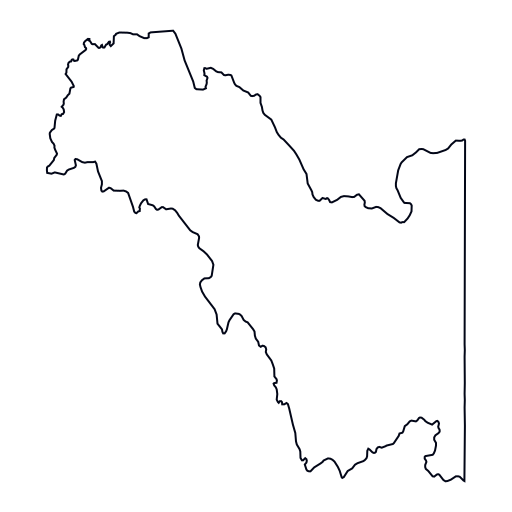 outline of Sakania, Katanga, Democratic Republic of the Congo
{"feature_id": "63176286B52056185132037", "entity_name": "Sakania", "entity_type": "district", "adm_level": 2, "iso_a3": "COD", "parent_name": "Democratic Republic of the Congo", "parent_adm1": "Katanga", "projection": "equal_earth", "projection_center": [28.713, -12.599], "detail": "fine", "context": "isolated", "style": "outline", "palette": "ink", "viewbox_px": 512, "rotation_deg": 0, "n_neighbors": 0, "source": "geoboundaries", "source_scale": "gbopen_adm2", "svg_char_len": 5910}
<svg xmlns="http://www.w3.org/2000/svg" viewBox="0 0 512 512"><path d="M47.2,172.9L51.5,173.7L54.8,172.4L63.8,174.5L65.2,173.7L67.1,170.6L68.9,169.5L73.8,167.9L75.3,166.9L75.9,165.3L74.7,160.0L75.5,159.0L77.3,159.3L82.2,162.1L84.9,162.7L87.6,162.1L93.3,162.1L95.1,161.6L96.4,163.7L98.0,171.4L101.9,181.1L101.9,184.3L101.0,187.9L101.4,190.6L102.3,191.6L103.7,191.4L109.0,187.7L110.7,188.2L113.7,190.6L120.1,190.8L123.5,190.6L126.0,191.4L128.1,192.9L133.0,206.9L134.2,211.6L135.4,212.9L136.4,213.2L138.3,211.4L139.7,211.1L139.9,208.5L139.3,207.4L139.9,205.6L141.1,203.2L143.4,200.3L145.2,199.3L146.5,199.3L148.1,204.0L152.8,205.3L154.2,206.4L155.9,209.0L157.1,209.8L158.5,209.5L161.8,207.1L163.0,207.1L166.1,209.3L171.0,208.5L172.7,208.7L175.1,210.3L177.2,212.9L178.8,215.6L190.2,230.3L192.7,232.1L197.6,234.2L199.0,236.4L199.1,237.9L197.8,245.0L198.2,246.6L199.3,248.2L203.6,251.3L207.0,254.5L212.1,261.1L213.4,264.8L211.7,275.8L210.7,277.1L208.9,278.2L204.4,278.4L201.9,280.3L200.3,282.4L199.9,284.5L200.5,287.1L202.1,291.6L205.0,296.6L214.6,309.2L216.6,314.5L217.5,323.7L222.0,329.4L222.4,331.8L223.2,333.4L224.6,333.4L226.1,331.3L226.9,329.2L228.5,322.3L229.5,320.2L233.6,314.2L235.1,313.4L238.8,313.9L240.0,314.5L241.6,316.0L243.7,320.0L245.7,321.6L247.6,322.3L253.1,329.2L254.5,331.5L254.9,335.7L255.8,338.6L258.2,341.8L259.0,345.5L260.7,346.8L262.5,345.7L264.0,346.0L265.6,347.3L266.2,349.4L265.8,352.0L266.8,354.4L271.3,360.5L272.8,364.4L274.2,368.6L274.4,376.5L276.5,379.1L276.9,380.4L276.5,382.8L274.2,383.1L273.6,383.6L274.2,385.4L275.8,387.3L276.7,389.4L277.3,394.1L276.7,399.6L277.9,402.0L278.7,402.8L279.8,401.2L281.2,401.2L282.0,402.2L282.2,404.3L284.3,404.3L286.5,403.0L287.9,404.1L289.2,408.5L292.9,424.6L295.3,433.0L296.0,441.4L296.8,444.5L299.6,449.2L300.3,451.6L300.5,457.9L301.9,460.3L303.1,460.3L305.2,458.2L306.4,459.2L306.8,460.8L306.4,462.6L304.8,464.5L306.4,469.5L307.4,470.8L308.9,471.3L310.5,471.3L314.2,467.4L320.6,463.4L322.6,461.9L323.6,460.5L328.0,458.4L330.4,458.7L332.5,459.8L334.5,461.6L337.8,466.8L339.7,470.8L341.7,477.3L342.3,477.9L343.8,477.1L347.7,471.0L352.2,468.4L355.0,464.7L357.5,463.2L363.4,461.1L364.9,460.0L366.5,458.2L367.1,456.3L367.3,450.8L368.3,448.7L369.6,449.5L372.2,452.1L373.5,452.9L374.7,452.9L375.9,451.9L376.5,449.0L377.8,447.4L379.4,446.9L381.7,447.7L385.8,446.1L386.4,445.6L392.9,444.0L393.8,443.2L398.7,435.9L399.5,433.5L402.4,432.7L403.2,431.4L404.8,426.1L407.3,424.3L409.7,421.4L411.4,420.6L415.9,421.4L417.3,420.4L419.0,418.0L420.0,417.5L421.6,417.7L424.3,419.8L425.3,421.1L427.6,422.7L432.1,424.6L436.4,421.1L437.4,420.9L438.4,421.9L439.0,423.5L438.2,426.7L438.6,428.2L439.5,429.5L439.7,431.1L439.5,431.9L438.4,433.2L435.4,435.3L434.2,437.4L434.2,439.8L436.0,442.9L436.0,445.6L435.0,450.6L433.8,453.4L432.7,454.8L425.4,456.1L424.7,456.9L424.7,458.7L426.0,460.5L426.4,461.9L425.2,465.0L425.2,467.1L425.8,468.9L428.3,471.0L432.6,476.3L434.2,476.6L436.9,474.5L438.1,474.2L439.3,474.7L443.4,480.0L445.5,481.3L447.5,481.0L450.8,479.7L455.9,476.3L458.2,476.3L459.8,476.8L463.5,480.5L464.4,481.0L464.9,425.9L464.6,407.5L464.8,400.1L464.6,393.8L464.8,383.1L464.6,356.5L464.8,350.2L464.6,344.4L465.1,140.8L464.6,139.5L463.6,139.5L462.0,140.6L460.1,140.8L455.8,140.6L451.3,144.5L448.1,148.5L445.6,150.0L437.2,152.9L433.1,153.2L430.5,152.9L423.3,149.2L421.7,149.0L419.2,149.2L416.0,152.4L412.3,155.3L407.0,157.1L401.6,162.4L400.6,164.0L398.2,170.3L395.9,183.2L395.9,186.1L396.4,188.2L397.6,190.3L400.7,197.9L403.7,202.1L404.4,202.9L409.9,203.2L411.1,204.3L411.7,205.6L411.5,211.4L409.7,215.3L407.6,218.5L404.2,222.1L402.3,222.1L401.1,222.7L399.5,222.4L393.7,217.9L387.4,214.0L380.6,208.2L378.2,207.1L376.1,206.9L371.8,208.5L368.1,208.2L365.7,207.1L364.6,206.1L364.4,204.5L364.8,202.7L364.6,200.8L358.9,194.3L356.9,194.8L354.2,196.9L352.2,197.1L348.3,196.4L344.0,196.1L340.9,196.9L337.2,199.8L331.9,202.4L330.1,202.1L329.0,199.8L327.6,198.2L326.8,198.2L325.8,199.0L322.5,198.0L319.6,200.8L318.2,200.8L315.9,199.8L313.7,197.1L312.5,194.5L312.2,192.1L311.4,190.3L307.7,183.5L306.5,174.0L303.6,169.3L299.3,159.5L296.3,154.3L294.0,150.8L289.3,145.6L283.6,139.5L280.9,137.7L278.5,134.8L276.8,132.1L275.0,127.4L271.3,119.6L264.8,114.8L263.3,112.9L262.5,110.5L261.9,106.9L260.5,102.9L260.5,97.1L259.6,95.8L257.6,94.2L256.0,94.5L254.1,95.8L252.1,96.1L250.8,95.8L248.2,92.5L243.3,90.5L239.4,87.1L236.3,85.8L234.9,84.2L234.1,82.6L231.4,75.5L230.6,75.0L228.3,74.7L225.3,75.3L223.9,75.0L221.4,72.4L217.9,72.1L216.1,71.3L213.2,68.9L210.8,67.8L206.6,68.8L205.2,68.1L204.4,68.1L203.8,70.3L204.5,73.4L204.3,75.2L207.0,76.7L207.5,77.9L206.6,80.6L206.8,82.5L206.6,84.0L205.5,86.9L205.9,88.3L203.0,89.6L196.4,89.2L194.8,88.0L193.2,81.5L184.6,60.4L181.4,48.6L175.4,33.7L173.1,30.7L150.6,32.4L148.7,33.5L148.7,37.3L147.0,38.1L144.1,38.1L139.5,36.1L137.0,34.3L133.0,34.3L130.4,33.1L127.3,32.7L119.4,32.5L116.1,33.8L115.7,34.7L113.9,36.2L113.6,43.4L110.8,46.1L109.7,44.8L109.6,43.5L110.1,42.2L109.9,41.6L108.9,41.8L107.2,44.2L106.1,44.6L104.4,47.5L103.1,47.6L102.6,47.1L102.0,45.0L101.2,45.5L100.7,47.0L99.6,47.9L98.6,47.9L94.9,44.1L92.5,44.2L91.7,43.8L90.1,41.2L88.9,40.5L89.4,40.0L89.4,39.0L87.9,38.9L85.1,41.2L84.0,42.6L83.7,44.1L84.3,44.8L85.0,47.2L86.0,48.0L86.2,48.9L85.7,49.9L79.9,54.3L78.8,55.6L77.9,59.7L77.3,60.4L74.7,61.0L73.9,60.7L73.4,59.5L72.4,59.4L71.7,59.8L71.2,61.4L69.7,61.7L68.5,62.9L68.0,64.7L68.3,65.6L68.2,67.0L66.5,69.3L66.4,72.7L65.6,74.0L71.6,81.7L73.8,86.1L73.6,87.0L71.1,87.6L70.4,88.4L69.4,93.7L67.8,95.2L66.2,97.6L64.0,99.3L63.6,101.7L63.8,103.4L63.5,104.7L61.7,106.8L62.7,107.7L63.7,109.4L64.1,112.1L63.1,113.9L61.7,114.2L60.8,115.9L59.6,115.6L58.0,114.4L56.8,114.5L55.2,120.6L54.5,127.8L54.2,128.5L51.8,130.1L49.9,132.7L49.7,133.9L50.3,138.3L52.0,142.0L53.6,143.7L54.5,145.7L54.4,147.6L55.1,149.6L57.0,153.6L56.7,154.8L54.3,157.9L53.8,160.1L49.3,165.7L47.8,166.5L47.0,167.5L46.9,170.2L47.2,172.9Z" fill="none" stroke="#020617" stroke-width="2"/></svg>